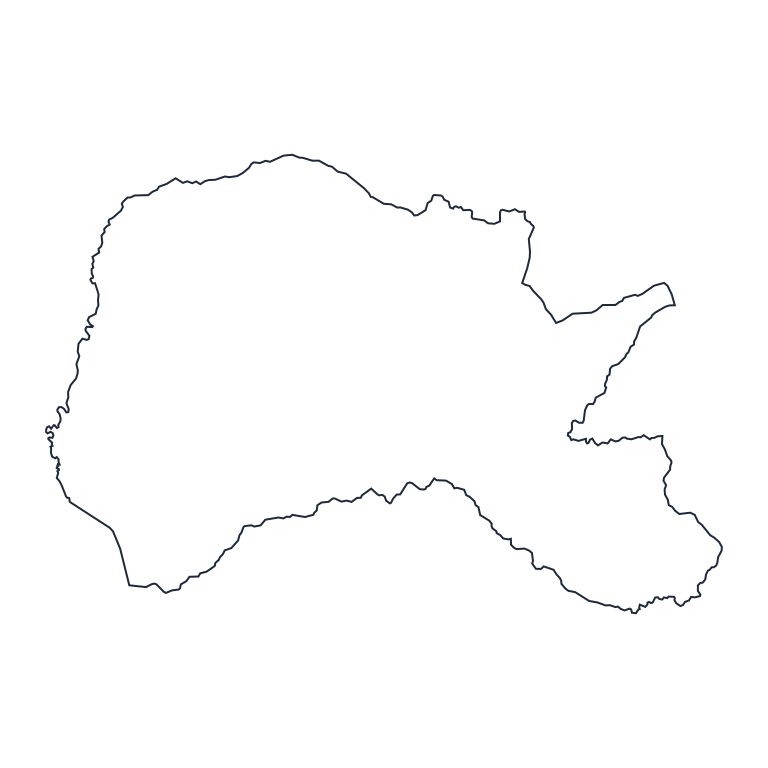 outline of Pangua, Cotopaxi, Ecuador
{"feature_id": "8360857B45229230453028", "entity_name": "Pangua", "entity_type": "district", "adm_level": 2, "iso_a3": "ECU", "parent_name": "Ecuador", "parent_adm1": "Cotopaxi", "projection": "natural_earth1", "projection_center": [-79.148, -1.101], "detail": "fine", "context": "isolated", "style": "outline", "palette": "slate", "viewbox_px": 768, "rotation_deg": 0, "n_neighbors": 0, "source": "geoboundaries", "source_scale": "gbopen_adm2", "svg_char_len": 6027}
<svg xmlns="http://www.w3.org/2000/svg" viewBox="0 0 768 768"><path d="M718.1,557.1L721.6,550.7L721.9,547.1L719.2,542.1L714.2,537.6L710.3,535.3L701.8,524.8L698.2,522.1L694.7,514.8L690.2,512.7L679.3,514.0L675.2,510.8L672.1,506.8L668.8,505.2L667.8,499.7L665.0,494.6L664.6,489.6L666.1,485.1L663.5,480.7L664.1,477.5L670.1,469.7L670.2,466.4L671.5,462.5L671.1,460.5L667.3,456.2L664.8,449.2L662.0,444.2L662.4,436.0L657.5,436.3L654.5,437.8L651.3,438.1L650.0,439.4L643.7,435.2L640.7,437.3L638.6,437.0L631.4,439.3L626.7,438.6L625.5,437.5L622.4,437.7L618.7,440.8L615.5,441.4L610.7,439.4L607.7,443.4L602.5,442.5L598.0,445.4L595.1,443.1L592.3,438.6L590.0,439.7L588.3,443.1L587.0,443.4L586.0,441.6L585.9,438.8L578.5,440.9L573.3,439.3L571.3,440.1L569.8,436.7L567.8,435.5L568.2,433.0L570.4,432.2L572.1,429.1L571.8,423.0L573.3,420.9L575.3,420.5L578.9,422.7L582.6,422.8L583.7,420.7L585.0,410.2L587.2,405.4L589.0,403.9L593.0,404.1L594.6,401.7L595.8,397.6L604.5,392.9L606.2,387.4L604.9,386.1L605.1,383.9L606.9,379.8L607.1,376.3L609.5,374.7L610.1,368.7L612.2,366.2L618.2,364.1L625.0,357.3L626.7,353.7L628.3,352.5L630.6,346.8L634.0,344.5L634.0,341.6L636.2,338.0L640.1,326.5L651.1,317.6L652.2,315.2L655.2,312.6L665.2,306.8L669.5,305.4L674.8,305.3L671.7,294.3L667.5,285.7L664.1,282.9L653.9,285.7L642.5,293.8L637.8,295.9L635.0,294.8L623.9,297.9L622.3,300.9L619.3,302.0L615.4,305.0L602.7,305.0L596.3,310.4L591.4,312.7L572.6,313.7L562.6,320.4L556.1,323.0L551.0,314.6L545.9,309.2L543.5,302.6L541.0,299.0L533.2,290.9L529.6,286.0L525.2,284.8L522.2,283.0L527.2,268.3L529.7,257.8L530.0,251.7L528.8,239.0L533.8,227.7L533.3,226.0L530.9,223.9L530.0,222.1L527.5,221.2L525.2,219.1L524.5,214.1L525.2,212.4L524.8,211.5L519.1,211.9L514.9,209.2L509.2,211.5L502.4,209.7L501.0,210.3L500.0,212.3L500.0,221.4L494.3,223.8L488.0,223.3L484.3,220.4L472.7,218.6L471.7,217.0L472.2,212.3L471.7,211.0L469.8,209.9L463.2,210.2L461.0,207.1L458.7,207.7L456.0,206.3L454.4,206.7L453.0,208.6L450.1,207.5L448.6,201.7L444.3,199.8L442.5,196.5L441.0,195.5L434.1,195.0L432.9,195.8L431.3,200.6L427.7,203.0L425.5,210.2L417.6,215.1L414.3,215.5L411.8,212.3L407.8,209.6L400.2,207.4L397.4,207.6L391.1,204.3L383.8,203.8L372.8,197.2L370.7,196.8L368.8,193.2L364.0,188.2L346.0,173.6L337.8,171.7L331.8,166.6L328.4,165.9L319.0,160.7L312.3,160.7L302.9,157.8L299.2,157.6L292.4,154.8L283.6,155.6L270.0,161.8L265.6,160.8L260.1,163.0L253.4,162.4L251.1,164.3L249.1,167.7L242.8,173.0L237.3,176.0L229.2,177.2L224.9,176.5L215.2,179.8L209.0,180.0L204.8,181.2L200.3,184.2L196.1,181.5L192.3,183.2L187.1,181.3L183.0,182.9L175.6,178.3L166.7,183.9L159.0,186.7L157.2,189.7L152.6,191.7L148.3,195.1L134.5,195.5L130.7,197.4L127.6,197.6L123.4,201.4L121.8,203.7L122.9,206.8L121.0,210.6L112.9,217.7L109.2,219.6L108.5,221.7L109.7,224.6L106.8,226.2L104.2,229.1L104.6,232.1L101.5,235.6L102.3,242.8L101.1,246.3L98.5,249.0L99.2,252.5L92.5,256.8L93.7,261.3L92.3,263.8L93.3,267.6L91.6,269.0L91.6,269.9L91.8,273.5L93.1,276.4L92.9,277.8L90.8,278.6L90.4,279.7L92.4,283.4L95.0,283.2L97.7,291.4L98.6,294.9L98.0,299.7L98.4,305.6L96.7,309.1L95.7,313.8L89.1,317.1L87.7,320.2L90.3,324.7L92.9,326.1L92.2,327.1L86.8,326.8L85.6,328.5L85.6,330.7L89.4,335.8L88.7,339.1L86.9,339.9L82.4,338.7L78.5,343.8L77.7,351.6L79.3,356.2L76.4,364.2L77.8,370.3L77.6,373.3L76.1,378.4L70.7,385.0L68.1,392.0L68.3,397.5L66.4,403.1L68.7,409.1L68.3,412.1L66.3,412.4L64.1,408.9L61.5,407.1L59.0,407.2L57.4,409.5L57.4,411.2L59.6,414.2L60.7,418.6L60.2,421.6L58.3,424.8L58.5,427.1L56.8,428.0L54.6,425.2L53.7,425.2L51.1,428.7L49.1,426.3L47.1,427.2L46.2,429.5L46.1,432.0L47.5,433.4L50.5,431.8L52.8,433.3L53.4,435.7L52.5,437.8L49.7,437.4L48.3,438.2L48.5,439.3L52.1,442.6L51.8,444.6L52.5,445.9L50.5,446.7L51.2,448.6L50.9,452.7L52.2,456.7L55.2,458.3L56.7,457.1L58.6,459.4L58.6,462.5L59.5,464.4L58.4,464.3L58.3,465.4L57.7,464.8L56.7,468.2L58.8,469.0L59.0,470.0L57.4,471.2L58.2,472.9L56.8,478.0L59.5,481.2L61.9,485.9L66.1,496.6L67.2,497.7L69.2,498.1L69.8,501.9L109.6,527.7L113.0,531.3L120.2,548.8L129.3,585.3L146.1,587.1L151.9,584.1L154.4,583.6L156.4,584.3L163.8,591.8L166.0,592.9L172.0,590.4L178.8,589.5L180.1,588.1L180.8,584.4L186.3,581.2L189.5,576.8L198.4,576.5L200.3,573.3L206.5,571.7L214.3,566.3L215.0,565.5L215.2,563.1L218.9,559.8L219.8,557.4L223.0,554.0L224.7,550.4L231.3,548.1L238.1,540.5L239.5,535.2L241.3,532.9L243.5,527.1L244.7,526.1L251.2,525.3L254.3,526.5L260.6,525.4L265.3,519.7L278.5,517.5L283.4,518.4L286.6,516.7L290.0,516.9L292.4,514.9L305.0,517.0L313.3,514.8L314.3,512.7L316.7,510.5L317.4,505.3L321.5,502.5L328.4,501.9L332.9,498.4L334.8,498.5L341.4,501.6L346.6,500.6L351.6,501.9L357.0,497.9L360.8,497.8L362.0,495.3L371.2,488.6L377.2,494.2L379.0,495.3L382.4,494.9L384.8,496.7L386.1,500.7L389.9,503.4L391.1,502.7L393.1,498.6L396.7,494.6L400.2,494.4L407.2,483.3L409.8,482.5L411.9,483.0L419.8,489.2L424.0,489.5L425.6,488.9L426.5,486.8L429.2,485.7L434.2,478.4L436.7,480.2L446.0,480.6L451.9,484.1L454.3,488.3L457.2,487.8L464.2,489.8L466.2,495.1L469.6,496.8L474.4,501.1L475.7,505.3L478.4,507.0L480.2,515.1L489.2,520.6L491.7,523.7L491.5,526.0L492.5,528.4L496.4,531.3L496.7,533.2L500.3,535.1L503.2,538.5L508.5,539.4L510.9,538.8L511.0,544.7L514.1,547.9L516.6,549.1L524.5,548.6L529.0,550.5L531.9,552.9L533.0,560.8L532.2,563.5L536.0,568.9L541.1,568.9L543.7,566.4L553.6,569.8L556.5,574.4L559.9,578.1L561.3,581.0L561.4,583.8L565.6,588.8L568.6,590.9L575.1,592.1L589.2,601.0L597.2,602.4L605.5,605.4L610.0,605.2L615.4,607.1L617.9,606.6L620.6,608.8L624.4,610.4L629.8,608.6L631.2,609.5L631.9,612.7L636.0,613.2L638.5,609.3L639.7,609.1L639.2,607.0L639.9,604.7L645.3,606.9L647.4,604.5L647.5,602.6L649.2,601.9L651.0,603.1L652.6,602.6L655.1,597.7L656.0,597.4L658.0,597.3L659.3,599.0L662.3,599.5L663.9,597.4L667.1,598.1L668.6,596.6L674.0,596.8L674.8,597.9L674.5,600.2L676.1,603.1L680.3,606.0L683.0,605.0L684.9,602.0L688.9,600.5L691.2,596.8L694.6,597.4L700.0,596.1L700.4,594.7L697.9,591.0L697.9,585.4L700.2,583.1L702.9,582.5L705.3,579.3L706.0,574.6L707.9,570.6L709.4,570.1L711.8,567.2L713.8,567.3L716.1,565.6L717.3,563.0L718.1,557.1Z" fill="none" stroke="#1e293b" stroke-width="2"/></svg>